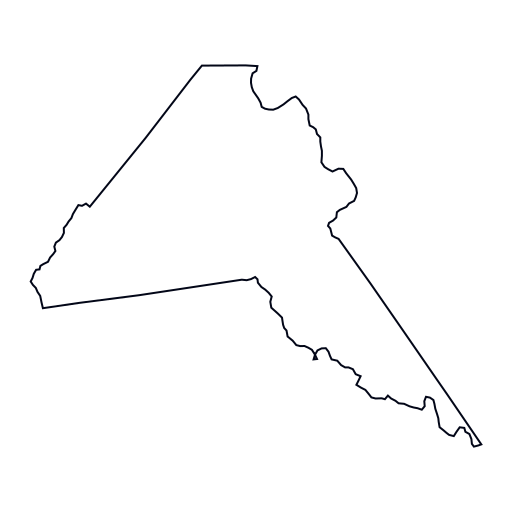 Nina Rodrigues, Maranhão, Brazil
{"feature_id": "56859067B57763706087403", "entity_name": "Nina Rodrigues", "entity_type": "district", "adm_level": 2, "iso_a3": "BRA", "parent_name": "Brazil", "parent_adm1": "Maranhão", "projection": "mercator", "projection_center": [-43.774, -3.457], "detail": "fine", "context": "isolated", "style": "outline", "palette": "ink", "viewbox_px": 512, "rotation_deg": 0, "n_neighbors": 0, "source": "geoboundaries", "source_scale": "gbopen_adm2", "svg_char_len": 2324}
<svg xmlns="http://www.w3.org/2000/svg" viewBox="0 0 512 512"><path d="M201.9,65.6L190.4,79.7L145.7,137.8L89.8,206.7L86.0,203.6L82.0,205.8L78.4,205.1L75.9,209.1L72.9,214.1L71.4,218.1L68.6,221.5L66.6,224.8L63.8,228.0L63.9,232.9L61.9,237.1L59.4,240.2L55.9,242.6L54.3,246.6L55.4,251.0L53.1,254.2L50.1,257.5L48.0,261.8L43.3,264.1L40.4,265.9L39.5,269.4L36.1,269.8L33.8,273.8L32.5,278.0L30.7,281.5L32.9,284.9L35.8,287.9L37.5,291.9L40.2,295.9L41.5,302.3L42.9,308.2L79.1,302.9L139.1,295.2L241.8,279.7L246.7,280.2L251.0,279.1L255.1,277.0L257.5,279.3L257.9,282.7L261.4,287.0L265.2,289.6L268.7,292.8L271.7,296.5L270.3,301.8L271.3,307.7L277.8,313.5L282.0,317.6L282.5,321.0L283.1,324.8L284.2,328.0L286.5,330.5L287.6,336.5L292.7,340.7L296.3,345.1L300.2,346.1L304.5,346.0L308.3,347.7L311.9,349.8L315.0,354.7L317.5,350.4L321.6,348.4L325.8,348.2L328.5,351.7L330.0,355.9L331.6,359.4L337.3,360.7L341.1,365.1L345.1,367.4L348.5,367.4L352.9,369.2L355.7,374.2L360.6,376.2L358.6,380.4L356.4,384.8L361.1,387.7L365.4,389.9L369.4,394.8L371.4,397.4L375.6,398.5L381.7,398.3L384.9,399.2L387.9,395.6L391.1,398.5L395.5,400.8L398.6,403.3L404.1,403.8L409.5,406.3L413.7,407.5L417.5,408.2L421.8,409.7L424.7,406.2L424.3,401.2L426.0,396.8L429.9,397.6L433.4,400.0L434.4,403.8L435.3,408.7L437.1,414.2L438.3,418.2L438.7,421.9L439.6,427.2L443.5,430.3L446.4,432.8L449.1,434.9L453.8,436.1L456.5,431.8L459.7,427.3L464.3,427.9L465.4,431.8L469.4,434.0L471.4,439.1L471.9,443.9L473.9,446.6L478.2,445.5L481.3,444.4L447.6,395.0L436.7,379.3L432.7,373.5L402.6,329.9L370.6,283.7L338.6,238.9L335.2,237.4L332.1,235.6L330.3,228.5L328.0,225.9L329.1,222.8L333.0,220.6L336.3,217.5L336.9,212.2L339.8,209.9L346.4,206.9L349.0,203.5L354.1,200.9L355.7,197.4L357.0,193.0L356.2,188.1L353.7,183.7L351.1,179.5L346.2,173.3L343.3,168.9L338.5,168.7L332.5,171.5L328.1,169.2L324.5,166.9L321.4,162.3L321.9,155.9L321.9,150.8L321.0,146.5L320.3,141.6L320.3,137.4L317.0,134.0L315.8,129.4L313.2,127.2L309.7,125.5L308.4,119.1L308.4,114.6L306.0,108.5L302.6,104.9L299.0,99.5L295.7,96.5L291.8,98.0L287.5,101.2L283.5,104.4L277.8,108.0L273.2,109.7L268.8,109.5L265.0,108.7L261.7,106.9L260.6,102.7L258.2,98.3L253.3,91.3L251.8,87.2L251.0,82.8L251.1,78.6L252.6,73.3L256.4,70.9L257.4,66.1L245.7,65.4L201.9,65.6ZM315.0,354.7L313.6,359.4L317.0,359.0L315.0,354.7Z" fill="none" stroke="#020617" stroke-width="2"/></svg>